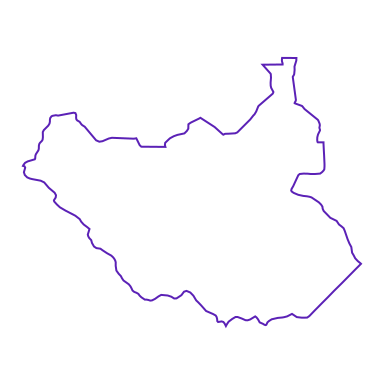 South Sudan, Albers equal-area conic projection
{"feature_id": "SSD", "entity_name": "South Sudan", "entity_type": "country or territory", "adm_level": 0, "iso_a3": "SSD", "parent_name": "Africa", "parent_adm1": "", "projection": "albers", "projection_center": [30.346, 7.857], "detail": "fine", "context": "isolated", "style": "outline", "palette": "violet", "viewbox_px": 384, "rotation_deg": 0, "n_neighbors": 0, "source": "natural_earth", "source_scale": "50m", "svg_char_len": 3848}
<svg xmlns="http://www.w3.org/2000/svg" viewBox="0 0 384 384"><path d="M321.9,303.2L314.7,310.5L309.5,315.9L308.6,316.6L307.1,317.6L302.0,317.7L296.8,317.1L292.0,313.9L287.1,316.4L284.0,317.2L282.2,317.5L277.8,317.9L271.7,319.3L269.0,321.0L267.5,322.3L266.3,324.8L265.6,325.1L264.5,324.8L262.9,323.8L259.7,322.4L258.0,319.3L256.5,317.4L255.2,316.4L250.1,319.5L247.6,320.3L245.5,320.2L241.7,318.5L237.6,317.0L235.5,317.0L232.3,318.9L228.6,321.7L226.8,324.4L225.9,326.1L225.2,324.7L224.6,323.5L223.4,322.0L221.6,321.4L220.0,321.7L218.1,322.0L217.3,321.1L217.1,318.9L216.6,317.0L215.7,315.5L213.0,314.0L206.1,311.0L200.8,305.0L198.1,302.2L196.2,300.4L193.4,295.7L190.3,292.5L186.5,290.9L184.0,291.7L181.4,295.2L176.5,298.4L174.2,298.5L171.3,296.7L167.7,295.5L161.2,294.9L158.5,296.4L155.0,298.9L152.0,300.4L150.2,300.6L148.5,300.0L146.5,299.6L144.8,299.6L141.4,297.3L139.6,295.6L138.4,293.9L136.5,292.8L134.2,291.9L132.5,290.5L131.7,288.7L130.5,286.4L128.8,284.3L123.5,280.5L122.0,278.3L120.9,276.1L118.7,273.8L116.4,270.6L115.7,265.9L115.7,262.2L115.2,260.5L114.2,258.7L113.1,257.3L111.3,255.6L107.0,253.2L102.6,250.3L100.4,248.7L96.4,248.1L94.0,246.5L92.0,243.0L91.2,240.1L89.2,238.0L88.3,236.4L87.8,234.6L89.5,229.0L87.2,227.1L83.7,224.5L81.2,221.7L79.7,219.1L75.3,215.7L65.5,210.6L59.9,207.3L56.8,204.4L54.2,201.5L53.9,200.3L55.7,197.5L56.0,195.2L54.6,192.7L48.8,187.8L44.2,182.4L40.7,180.7L32.2,179.1L29.8,178.5L27.2,177.4L24.8,175.0L23.9,172.2L25.2,167.7L24.5,166.3L23.0,165.9L23.5,164.9L25.1,162.8L27.7,161.4L34.8,159.3L35.2,158.4L35.4,155.6L35.9,154.2L38.4,150.3L38.8,148.8L38.9,145.5L39.3,143.9L40.0,142.8L41.9,140.9L42.6,139.7L42.9,137.2L42.8,132.1L43.8,130.1L48.3,125.6L49.5,123.6L49.9,121.7L49.9,119.9L50.2,118.1L51.5,116.3L52.6,115.8L55.9,115.2L58.1,115.6L73.6,112.7L75.4,113.1L76.2,115.0L76.1,117.9L76.4,119.4L77.2,120.4L79.6,121.8L81.3,124.2L82.2,125.1L84.7,126.7L96.1,140.3L99.3,141.7L102.5,141.2L108.8,138.5L111.9,137.8L133.8,138.7L136.3,138.3L139.7,145.2L141.3,146.7L165.4,146.9L164.9,145.0L165.2,142.8L168.0,140.1L169.5,138.7L170.1,138.2L173.8,136.2L177.4,134.9L184.4,133.4L186.9,130.9L188.3,128.7L188.4,124.3L189.3,123.6L191.0,122.5L199.0,118.6L200.4,117.8L214.6,127.0L222.6,134.2L223.1,134.6L223.5,134.7L224.0,134.4L224.3,134.1L224.9,133.9L225.3,133.8L228.7,133.7L235.2,133.3L237.3,132.4L250.2,119.5L253.5,115.3L254.4,114.5L256.2,111.5L258.2,106.5L258.6,105.9L272.7,93.7L273.2,92.7L273.4,92.0L271.2,87.9L270.7,85.8L270.6,82.7L271.0,77.7L270.8,74.6L270.8,74.2L270.6,73.7L262.6,64.7L282.6,64.5L282.6,63.7L282.6,63.4L282.5,63.0L282.1,61.9L281.9,60.5L281.9,60.1L281.9,59.7L282.0,59.0L282.0,58.6L282.0,58.4L282.0,58.2L282.1,57.9L296.4,58.0L296.3,60.6L294.5,66.5L294.6,70.0L294.2,74.1L294.1,74.4L293.7,75.3L293.4,75.8L293.0,76.3L292.9,76.5L292.8,76.8L292.8,77.2L295.9,99.9L295.8,100.5L295.7,100.9L294.9,102.3L294.7,102.8L294.6,103.1L295.0,103.4L301.6,105.8L301.9,106.0L302.2,106.1L304.6,109.1L317.7,119.7L318.2,120.3L319.6,123.7L319.7,124.2L319.8,125.0L319.8,125.6L319.4,127.7L319.6,128.6L319.8,129.2L320.0,129.9L320.0,130.1L320.0,130.3L319.9,130.6L318.0,134.5L317.3,137.3L317.2,139.7L317.3,141.0L317.5,141.9L317.6,142.1L317.8,142.3L323.5,142.3L323.5,143.6L323.8,149.8L324.1,155.2L324.5,164.1L324.5,166.4L324.3,169.3L323.6,170.5L322.1,172.1L320.1,173.6L315.0,174.0L310.7,174.0L307.7,173.7L303.6,173.6L299.7,174.0L298.3,175.2L296.2,179.7L293.2,186.2L291.6,188.9L291.2,190.5L291.7,191.5L293.7,192.9L298.2,194.8L303.2,195.9L307.0,196.3L309.6,196.8L311.5,197.4L318.8,202.3L321.1,204.6L322.4,206.6L322.7,208.8L323.7,211.0L327.9,215.3L330.3,217.8L336.6,220.9L339.0,224.5L341.4,226.3L343.6,228.2L344.8,231.0L347.6,239.2L349.4,243.5L351.3,247.0L352.1,252.7L353.6,255.2L355.2,258.3L357.8,261.1L360.5,263.3L361.0,263.8L355.4,269.4L349.2,275.7L342.0,283.0L334.1,290.8L328.0,297.1L321.9,303.2Z" fill="none" stroke="#5b21b6" stroke-width="2"/></svg>